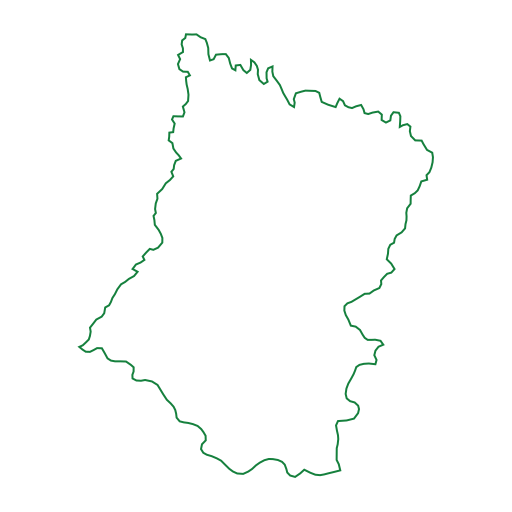 outline of Varjão de Minas, Minas Gerais, Brazil, rotated 272°
{"feature_id": "56859067B57978075646781", "entity_name": "Varjão de Minas", "entity_type": "district", "adm_level": 2, "iso_a3": "BRA", "parent_name": "Brazil", "parent_adm1": "Minas Gerais", "projection": "mercator", "projection_center": [-45.92, -18.46], "detail": "fine", "context": "isolated", "style": "outline", "palette": "green", "viewbox_px": 512, "rotation_deg": 272, "n_neighbors": 0, "source": "geoboundaries", "source_scale": "gbopen_adm2", "svg_char_len": 4163}
<svg xmlns="http://www.w3.org/2000/svg" viewBox="0 0 512 512"><g transform="rotate(272 256 256)"><path d="M377.1,417.5L377.1,411.1L381.3,406.7L386.1,405.4L390.7,405.8L393.1,402.6L391.8,398.2L390.0,395.2L395.7,395.4L400.7,395.4L404.1,393.8L404.5,388.4L400.9,386.0L396.2,385.5L393.9,381.2L396.3,376.8L401.7,376.8L404.6,373.1L403.4,367.5L401.8,363.2L402.6,359.5L406.4,358.3L410.6,355.8L409.1,350.8L407.2,346.8L407.9,343.2L409.7,339.6L413.8,337.6L416.1,334.0L411.6,331.9L407.6,330.4L409.7,322.8L412.3,316.3L417.2,314.7L421.3,313.5L423.0,309.7L423.0,305.2L423.0,299.6L421.8,295.5L420.0,290.2L414.1,288.3L410.6,289.3L406.2,288.8L408.7,284.3L413.3,281.7L416.7,279.5L419.9,277.5L423.9,275.7L427.7,273.9L431.8,270.7L436.3,267.0L440.8,265.9L446.0,265.9L444.0,261.6L440.0,260.1L433.9,260.4L430.6,261.5L428.2,257.8L431.9,253.2L437.8,251.4L442.2,251.5L446.0,250.2L449.5,247.6L451.8,244.1L446.6,244.4L441.8,243.8L438.6,240.4L441.3,236.9L446.4,233.7L445.7,229.1L440.9,228.9L442.6,225.5L447.4,223.5L452.9,221.9L456.7,218.8L456.5,214.5L455.8,209.0L451.2,206.8L449.8,203.2L456.0,201.4L462.2,201.0L467.4,199.4L471.0,197.8L472.7,193.0L475.4,188.8L475.1,184.7L475.1,178.3L471.4,177.7L468.9,174.7L464.9,174.3L461.0,175.7L457.3,175.9L454.2,171.1L450.1,173.3L445.1,171.3L440.1,172.9L437.7,176.7L437.7,181.4L434.2,183.6L432.2,179.7L428.5,180.1L424.9,180.7L420.5,181.9L414.8,182.9L408.5,182.7L405.4,180.5L402.8,177.7L397.1,179.5L392.9,178.1L392.8,173.7L392.8,168.6L389.5,167.3L385.5,170.1L380.7,169.2L376.9,168.9L376.3,165.1L372.1,165.1L368.5,164.7L365.9,168.5L360.5,169.7L356.7,172.5L353.9,175.3L350.8,177.7L348.3,172.5L343.9,171.0L340.1,170.7L337.2,168.5L332.7,170.5L328.9,167.3L325.5,163.3L319.6,159.9L314.7,155.0L309.8,155.5L305.1,154.0L299.4,153.5L295.5,154.4L292.5,152.2L288.3,153.2L283.6,153.8L278.7,157.8L274.8,160.1L270.8,161.8L266.1,161.9L260.9,157.8L258.6,153.2L259.4,149.6L255.7,146.2L251.6,142.8L248.2,144.6L245.4,140.8L243.3,136.3L238.7,133.1L236.1,138.2L231.7,134.8L228.7,129.8L225.5,126.1L223.0,122.1L217.9,118.6L212.9,116.3L209.1,114.0L205.0,112.6L201.6,110.9L199.3,107.1L193.5,106.3L190.0,103.9L186.9,98.6L182.8,95.7L178.6,92.6L174.6,93.4L170.2,92.8L166.7,91.8L163.7,89.0L160.7,86.0L159.0,82.6L156.5,85.8L154.4,89.2L154.4,93.4L156.4,97.1L158.4,100.4L158.4,105.2L153.6,108.2L148.5,111.2L146.4,114.7L145.8,118.9L146.0,123.9L146.0,129.8L142.8,134.8L140.5,137.6L136.3,137.7L132.9,136.6L129.3,136.9L127.4,140.8L127.3,145.4L128.2,149.5L127.0,156.4L123.7,162.1L114.4,168.2L109.2,171.9L105.7,175.9L102.5,178.9L99.2,180.7L95.6,181.7L91.7,182.3L88.1,185.5L87.2,189.7L86.8,194.0L85.8,198.8L84.1,203.6L81.1,207.3L78.2,209.6L74.6,211.9L70.0,212.2L66.0,208.6L61.1,207.8L57.5,210.2L55.7,213.7L54.4,218.7L52.4,223.9L50.2,228.3L47.0,231.7L42.4,236.7L39.8,240.5L38.0,244.8L37.8,250.8L40.3,255.8L43.0,259.5L46.8,263.3L49.6,267.0L52.2,271.5L53.6,275.9L53.6,280.0L52.9,285.0L51.2,289.2L48.5,292.0L44.1,293.8L40.7,294.8L37.8,297.8L36.6,302.8L40.3,307.8L44.1,311.7L41.3,317.8L39.5,322.9L39.2,327.7L40.1,331.8L41.3,335.8L42.8,341.2L44.7,347.7L50.8,346.0L55.0,343.7L66.8,343.4L70.6,344.2L75.9,344.6L79.7,344.2L84.3,343.0L89.5,341.9L93.9,343.7L94.8,352.3L96.9,359.6L102.5,363.5L106.6,364.3L110.0,363.3L113.1,359.7L114.2,355.1L116.9,351.6L121.3,350.4L126.7,351.0L131.7,352.7L136.8,355.4L141.2,357.6L144.9,359.0L148.5,360.1L150.8,363.2L152.0,367.5L152.5,372.5L152.0,379.1L156.3,380.1L161.0,377.7L165.6,378.7L169.6,381.6L171.8,386.3L175.6,383.4L176.5,378.0L176.2,374.3L176.1,370.5L178.0,367.5L181.1,365.3L185.7,362.5L188.9,358.1L189.7,353.2L195.7,350.5L200.1,347.8L204.5,346.2L208.9,346.2L211.9,349.0L213.5,353.0L215.9,356.7L218.6,360.9L222.0,365.9L222.4,370.7L225.7,375.0L228.3,380.4L232.3,382.2L235.9,381.8L239.3,384.5L242.8,387.7L244.1,391.8L247.8,394.9L253.1,391.4L257.3,386.8L262.8,387.8L267.8,388.0L271.9,389.8L274.1,393.5L277.9,394.0L281.5,395.8L284.7,400.7L288.8,404.0L293.1,404.3L296.9,405.1L300.7,405.1L304.4,404.7L309.0,405.4L313.6,408.7L317.9,408.6L321.8,408.6L324.3,412.5L327.2,415.3L331.4,417.1L336.3,418.6L338.2,424.4L342.7,423.6L345.8,426.4L350.4,428.1L355.8,429.2L360.9,429.4L365.4,428.5L368.0,423.2L373.6,419.5L377.1,417.5Z" fill="none" stroke="#15803d" stroke-width="2"/></g></svg>